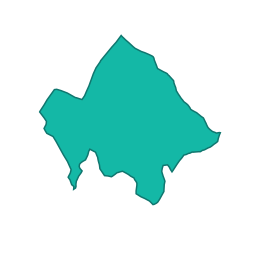 Al-Shikhan, Ninawa, Iraq (Natural Earth projection), rotated 297°
{"feature_id": "34846034B50799597720229", "entity_name": "Al-Shikhan", "entity_type": "district", "adm_level": 2, "iso_a3": "IRQ", "parent_name": "Iraq", "parent_adm1": "Ninawa", "projection": "natural_earth1", "projection_center": [43.409, 36.699], "detail": "fine", "context": "isolated", "style": "filled", "palette": "teal", "viewbox_px": 256, "rotation_deg": 297, "n_neighbors": 0, "source": "geoboundaries", "source_scale": "gbopen_adm2", "svg_char_len": 2647}
<svg xmlns="http://www.w3.org/2000/svg" viewBox="0 0 256 256"><g transform="rotate(297 128 128)"><path d="M103.3,42.0L102.2,42.0L98.9,48.8L96.9,52.3L94.1,53.4L89.5,53.4L87.7,55.9L86.4,58.1L86.4,65.1L83.3,70.1L74.8,82.6L70.6,89.4L67.5,93.2L65.1,96.2L61.8,97.0L57.0,97.0L56.3,98.2L55.5,99.8L51.9,103.6L51.3,106.3L48.7,107.4L50.7,108.5L52.3,108.2L54.3,107.1L57.2,106.1L58.9,106.1L62.6,105.9L67.0,106.6L68.9,106.6L70.2,103.4L71.5,102.0L73.6,101.3L75.1,101.6L76.5,102.2L78.1,103.1L80.3,104.6L84.4,104.5L85.9,104.4L89.3,103.6L91.8,103.6L91.7,110.1L89.4,112.7L88.0,114.4L86.3,115.6L84.3,117.3L82.3,119.2L78.9,121.5L76.7,125.5L74.9,128.7L76.2,132.0L77.0,135.3L77.8,135.9L80.9,137.5L83.2,138.5L83.6,139.1L85.4,140.9L87.0,142.8L86.9,147.2L86.8,149.4L86.3,152.2L86.2,156.0L85.0,157.4L83.9,159.6L82.8,161.0L81.0,161.9L75.6,163.8L73.1,165.1L72.6,170.7L72.8,174.8L72.7,180.3L72.1,182.2L71.1,185.0L71.8,185.9L73.7,187.3L75.3,188.1L78.5,188.5L87.7,188.8L89.0,188.2L94.0,186.0L97.3,185.1L98.7,183.7L101.3,180.9L103.7,178.6L104.8,177.7L107.7,176.8L110.6,176.3L112.7,179.4L113.1,180.0L111.8,182.7L110.2,184.8L108.9,187.1L110.9,187.4L117.8,188.1L122.2,188.7L125.5,189.5L129.3,190.1L130.8,191.9L132.8,193.4L133.7,194.6L135.6,196.0L136.3,197.4L138.9,201.6L139.8,203.3L141.8,204.4L143.0,205.8L144.0,206.6L146.5,208.3L148.3,209.9L149.9,210.8L152.6,212.0L154.8,213.2L156.7,214.0L159.7,213.2L163.3,212.6L165.7,212.4L165.4,211.4L164.3,210.0L163.6,209.0L163.6,207.4L163.3,205.7L163.3,204.3L163.7,202.4L164.0,201.1L164.8,198.9L165.3,198.3L166.3,196.9L167.7,195.3L168.3,194.4L169.0,193.5L170.4,191.7L171.2,190.6L171.3,189.7L171.6,187.6L172.1,185.4L172.5,183.5L172.7,182.8L172.8,181.7L172.8,179.8L172.9,177.1L173.0,176.1L173.0,175.5L174.1,174.1L175.5,171.4L175.8,170.6L176.2,169.1L176.4,167.9L176.7,166.2L177.0,165.3L177.7,164.0L178.4,162.3L178.9,161.3L179.9,159.6L181.3,157.0L182.2,155.7L182.9,154.4L184.2,153.3L185.8,152.0L187.0,150.6L188.1,149.4L189.2,148.3L190.7,147.3L191.0,146.8L192.0,144.1L192.6,142.5L193.3,140.7L193.5,139.7L193.8,139.1L194.2,138.3L194.3,136.7L194.2,134.1L194.3,130.2L194.4,127.4L194.5,127.2L196.5,125.1L198.9,122.4L200.4,120.7L201.9,119.4L202.0,119.4L202.1,119.2L202.6,118.5L202.9,118.0L203.1,116.5L203.0,113.1L202.7,108.7L202.2,105.2L202.2,101.8L202.2,98.2L202.8,95.5L204.4,89.9L205.4,85.8L206.3,83.0L206.6,81.8L206.9,81.0L207.2,80.1L207.3,79.9L199.0,78.5L193.0,76.9L184.3,75.0L175.7,73.1L173.9,73.1L167.1,72.2L160.6,72.5L147.8,74.1L141.3,74.4L140.2,74.5L136.9,74.7L132.5,74.1L132.0,71.4L131.6,68.7L131.2,67.1L131.6,58.1L130.9,51.3L130.1,46.9L128.8,45.0L116.3,43.1L110.8,42.8L103.3,42.0Z" fill="#14b8a6" stroke="#0f766e" stroke-width="1.5"/></g></svg>